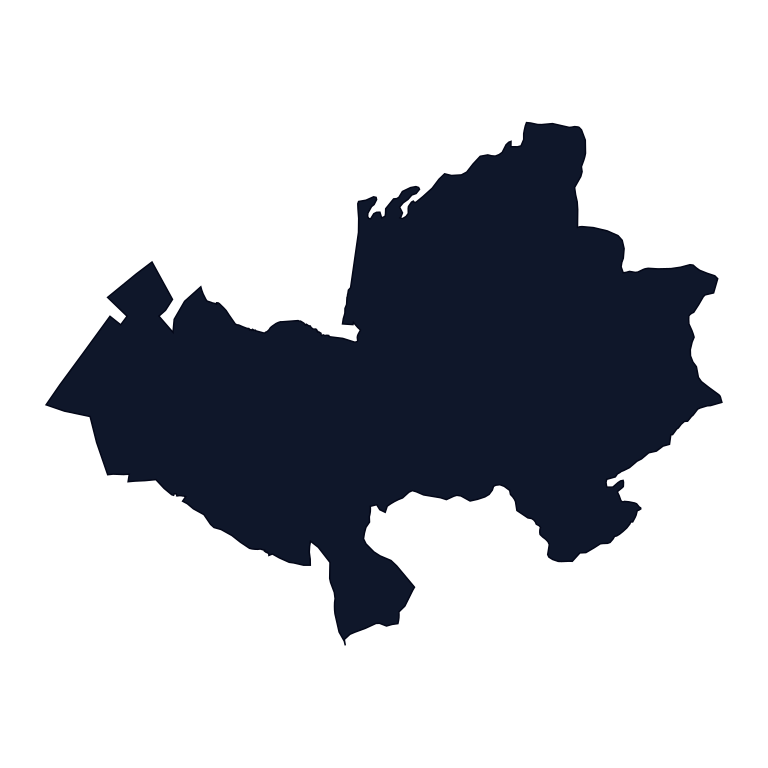 Bocsa, Caras-Severin, Romania (Equal Earth projection)
{"feature_id": "2599482B42018204539713", "entity_name": "Bocsa", "entity_type": "district", "adm_level": 2, "iso_a3": "ROU", "parent_name": "Romania", "parent_adm1": "Caras-Severin", "projection": "equal_earth", "projection_center": [21.744, 45.393], "detail": "fine", "context": "isolated", "style": "filled", "palette": "ink", "viewbox_px": 768, "rotation_deg": 0, "n_neighbors": 0, "source": "geoboundaries", "source_scale": "gbopen_adm2", "svg_char_len": 6126}
<svg xmlns="http://www.w3.org/2000/svg" viewBox="0 0 768 768"><path d="M572.3,561.3L579.9,552.9L585.9,552.6L594.1,547.8L600.3,543.8L602.7,543.5L607.6,543.3L610.1,542.4L613.1,538.9L614.5,536.4L616.7,535.9L619.5,534.2L623.0,531.4L626.8,527.9L629.9,523.9L630.6,522.0L632.7,521.9L635.1,517.4L636.1,515.1L637.2,510.7L638.9,510.1L640.8,508.9L640.6,507.8L639.3,507.1L636.6,503.8L634.7,503.0L628.8,501.8L624.4,501.4L623.1,501.9L622.0,501.6L620.9,500.6L619.1,495.6L617.8,492.9L617.5,491.8L618.0,491.1L622.2,487.7L623.3,486.6L623.4,485.5L623.5,482.1L623.1,480.4L620.6,480.9L618.0,482.6L613.1,486.9L612.7,487.1L607.1,487.2L606.5,485.8L606.0,482.4L606.7,479.3L615.3,476.9L617.4,473.9L619.9,472.5L621.2,471.5L623.7,470.5L629.5,467.6L637.0,461.2L641.5,458.9L648.7,452.8L656.4,451.1L663.0,446.1L669.5,444.3L670.8,434.8L672.6,434.6L676.8,428.9L678.3,428.0L681.1,424.3L684.4,421.4L687.6,421.2L691.5,416.4L693.0,415.2L697.7,409.1L700.3,407.9L707.2,405.8L710.5,405.6L721.9,402.3L721.1,399.7L720.5,397.3L719.9,395.9L718.9,394.8L708.8,387.4L701.4,381.6L698.4,377.4L696.4,366.7L692.9,362.0L690.5,355.9L690.3,349.7L692.1,342.1L694.1,337.2L693.1,333.8L691.9,330.5L688.9,323.9L688.7,319.8L688.8,316.0L689.7,314.8L690.9,313.8L692.2,313.0L693.7,312.3L698.7,304.6L703.3,296.7L705.1,294.9L713.6,292.9L717.7,278.7L714.8,275.8L707.2,273.3L699.7,270.3L696.3,267.9L693.1,265.1L690.0,264.7L680.7,267.2L671.1,268.6L658.1,268.9L648.1,268.3L645.1,268.8L643.2,269.5L637.8,272.1L635.3,272.4L629.5,271.4L626.4,272.3L623.2,272.8L621.1,266.8L621.8,262.4L623.3,258.2L624.1,248.6L622.2,240.3L618.1,235.7L607.3,230.9L593.4,227.6L582.0,226.6L579.7,226.8L577.5,227.5L577.7,209.6L577.2,201.8L575.6,194.7L574.6,187.5L580.8,176.5L582.1,171.7L581.4,166.7L583.8,160.1L584.8,156.7L585.5,153.3L585.3,140.1L581.5,129.9L579.1,127.4L578.1,127.0L574.7,126.6L571.5,127.2L569.2,127.4L552.5,123.6L541.5,124.6L537.6,124.5L530.6,123.0L526.5,122.6L525.3,125.9L524.3,130.3L523.7,133.7L523.7,139.5L521.0,145.9L517.5,146.8L510.9,146.7L511.0,141.4L508.8,142.2L506.1,144.7L502.2,152.4L499.1,154.6L495.3,156.1L491.5,155.8L487.8,154.9L480.2,156.3L473.1,163.9L466.7,172.1L461.4,174.9L451.5,175.5L444.6,173.8L439.0,179.2L432.2,188.2L422.9,196.6L416.2,202.1L415.1,202.5L414.0,202.1L413.3,201.1L411.5,202.1L408.5,206.4L408.2,208.4L408.3,213.4L406.0,216.5L402.6,218.6L399.9,217.8L401.1,216.4L402.5,212.9L399.6,207.1L403.2,202.8L408.0,199.4L411.8,195.0L416.1,193.5L419.5,189.3L418.6,187.5L415.9,186.6L410.5,187.6L402.4,191.5L398.9,197.3L396.8,198.6L393.6,198.9L385.7,208.7L385.5,214.1L385.0,216.4L381.6,217.9L379.9,212.2L376.6,212.3L373.8,213.7L370.6,218.9L368.6,218.4L367.6,216.3L367.9,213.1L371.5,206.6L374.1,204.5L376.6,199.6L376.1,197.4L373.6,196.8L366.0,200.2L358.6,201.5L357.8,203.7L358.0,209.0L358.7,218.4L358.5,232.4L350.6,287.7L348.4,290.1L347.9,293.5L347.6,294.5L347.4,296.5L347.0,297.3L346.6,304.5L345.0,308.4L344.9,312.8L344.7,313.9L343.3,318.7L342.5,323.9L353.0,324.6L353.4,322.4L357.9,327.6L360.5,330.0L358.1,334.4L357.5,336.0L357.3,337.6L357.7,340.7L357.3,341.5L355.1,342.2L354.5,342.1L342.8,338.4L329.9,336.8L329.1,336.4L328.8,335.5L328.3,335.4L326.4,335.3L324.8,335.6L323.4,334.9L322.6,335.1L322.2,335.5L321.5,335.6L321.4,335.1L321.0,334.5L321.0,333.3L318.8,331.9L318.2,332.2L317.7,332.2L317.5,331.8L317.5,331.0L316.8,330.6L316.6,329.6L316.2,329.3L315.4,329.0L313.8,329.2L312.9,328.9L311.1,327.5L310.3,326.0L308.7,325.8L306.3,324.2L306.0,324.3L305.7,325.2L305.3,325.2L303.9,323.2L301.5,321.7L300.5,321.1L299.4,321.2L298.1,320.6L282.0,321.8L280.4,321.8L278.3,322.5L276.1,323.5L272.2,326.2L270.4,327.7L269.2,329.6L267.5,331.3L266.6,331.9L265.6,332.2L264.5,333.2L255.7,330.8L255.5,330.3L255.1,330.1L253.5,330.4L253.2,329.7L252.5,329.3L252.0,329.7L251.9,330.1L251.7,330.3L251.0,329.8L250.2,329.6L249.5,329.8L249.3,329.0L248.8,328.5L247.0,328.4L242.6,326.7L238.7,325.0L236.9,324.8L235.9,324.3L235.5,324.3L229.1,315.1L226.1,310.5L223.9,308.1L219.4,303.7L218.6,303.2L218.1,302.9L216.6,302.8L216.6,304.1L214.1,303.3L212.3,302.9L210.9,302.3L207.1,301.1L205.9,299.5L203.1,293.9L201.7,290.1L200.8,286.8L184.6,301.3L174.2,319.3L173.0,332.4L158.9,316.1L165.5,310.3L172.5,299.4L152.0,262.0L136.2,274.0L107.6,297.4L127.1,316.2L120.7,324.8L110.0,316.3L84.6,351.2L59.9,384.8L46.1,404.8L64.4,411.1L90.1,416.5L96.6,442.4L107.7,474.7L113.1,474.1L123.4,474.5L129.3,474.2L128.1,481.7L134.6,481.1L145.3,480.6L155.9,479.6L164.1,488.4L171.7,494.7L173.6,495.3L174.2,493.7L176.3,493.8L176.4,494.4L176.9,495.0L176.7,495.8L177.3,495.9L179.3,495.6L181.6,495.7L182.2,495.9L183.2,495.9L185.7,496.6L182.6,501.2L187.3,503.7L193.4,508.8L203.9,514.6L210.6,524.4L214.0,527.5L221.1,529.5L231.9,535.5L240.4,542.2L249.5,548.3L252.1,548.9L254.9,549.2L257.6,549.3L260.3,549.0L264.7,550.3L264.4,551.0L266.4,552.5L267.2,552.2L267.5,552.5L267.9,553.1L268.8,553.8L268.9,555.4L272.4,554.0L279.4,557.9L289.2,562.3L293.7,562.9L303.6,565.2L310.3,565.2L310.2,559.2L309.3,552.5L309.3,551.5L309.6,546.3L310.5,541.2L318.3,547.3L330.0,562.4L329.7,578.4L330.6,582.5L334.3,592.4L335.1,598.6L334.6,602.4L334.5,606.2L334.6,610.1L335.0,613.9L339.1,632.0L344.3,641.2L345.3,645.4L344.3,639.5L349.9,634.3L354.8,632.2L365.6,628.2L376.0,623.4L379.6,623.3L386.5,626.0L392.1,624.4L397.9,623.6L398.5,620.7L398.9,617.8L399.0,614.9L398.9,611.9L404.9,606.0L412.7,590.3L414.5,587.2L396.7,565.9L391.0,560.5L380.1,555.9L373.9,551.9L366.0,543.9L363.5,538.8L364.4,533.1L365.9,527.4L369.5,522.1L369.3,516.8L369.9,514.2L370.3,511.6L370.4,509.0L370.3,506.3L376.7,504.7L379.8,509.7L385.2,512.3L387.2,506.2L390.8,503.7L394.5,501.5L398.5,499.5L402.6,497.9L408.9,492.2L412.3,490.6L416.2,491.7L423.6,494.9L440.5,497.7L446.4,499.6L453.8,496.2L456.8,495.3L460.9,495.9L470.1,501.0L477.6,499.3L484.9,496.9L489.1,494.4L492.3,490.1L493.5,486.4L495.7,485.2L499.9,484.7L504.2,486.3L509.7,490.4L510.5,494.5L512.7,496.8L514.5,499.4L515.5,501.6L516.9,510.5L527.9,517.9L531.6,518.5L533.7,519.9L535.3,521.8L536.3,524.2L539.3,525.8L540.5,527.4L540.0,529.1L539.8,530.9L539.8,532.7L540.1,534.5L542.7,537.0L545.6,539.2L548.0,541.7L549.3,544.6L547.7,554.6L548.9,557.1L552.7,559.5L558.3,561.4L561.6,561.5L568.9,561.2L572.3,561.3Z" fill="#0f172a" stroke="#020617" stroke-width="1.5"/></svg>